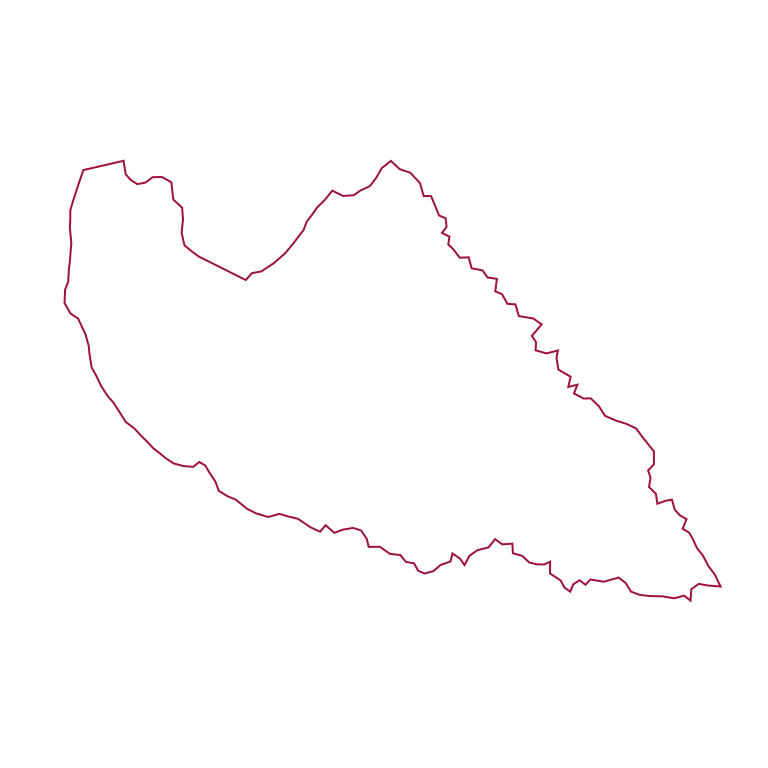 outline of Farol, Paraná, Brazil, rotated 172°
{"feature_id": "56859067B49307783824328", "entity_name": "Farol", "entity_type": "district", "adm_level": 2, "iso_a3": "BRA", "parent_name": "Brazil", "parent_adm1": "Paraná", "projection": "orthographic", "projection_center": [-52.642, -24.124], "detail": "fine", "context": "isolated", "style": "outline", "palette": "rose", "viewbox_px": 768, "rotation_deg": 172, "n_neighbors": 0, "source": "geoboundaries", "source_scale": "gbopen_adm2", "svg_char_len": 2583}
<svg xmlns="http://www.w3.org/2000/svg" viewBox="0 0 768 768"><g transform="rotate(172 384 384)"><path d="M110.6,126.7L108.3,138.0L100.1,142.3L91.8,139.5L78.9,136.6L82.9,149.2L88.1,158.5L92.1,169.8L96.9,177.9L99.6,187.0L102.5,194.3L108.4,199.1L103.2,208.1L109.4,212.9L113.5,218.9L115.0,229.4L121.7,229.1L130.0,227.4L130.0,237.4L135.9,245.1L133.1,254.1L134.5,261.6L127.9,266.9L126.1,279.8L135.2,295.0L140.4,304.8L149.3,310.7L159.6,315.6L169.5,321.7L174.3,332.1L181.3,341.0L188.3,341.8L197.2,348.2L192.6,356.4L201.9,355.4L198.2,365.2L209.3,374.0L209.5,386.1L207.1,393.0L218.9,391.7L229.2,396.3L227.6,404.3L230.9,411.0L219.6,421.1L226.9,428.0L241.0,432.5L242.8,444.6L250.6,446.2L254.6,456.5L260.9,460.3L257.6,472.4L266.8,475.2L270.6,482.8L281.1,486.4L282.5,497.7L291.4,498.5L296.6,507.7L300.9,513.4L298.7,520.8L305.6,525.5L300.2,530.8L299.9,539.6L306.0,543.2L308.6,553.4L311.2,563.5L318.5,564.6L320.4,577.9L328.5,589.5L338.7,594.7L346.1,604.0L356.3,598.0L362.8,589.5L370.3,582.0L380.9,578.7L387.7,575.1L398.3,575.9L408.3,582.6L416.7,574.8L425.9,567.9L431.1,562.2L437.9,555.6L442.1,547.8L454.6,535.5L463.7,527.2L476.3,519.0L489.8,512.6L499.4,512.1L506.4,506.2L549.7,536.0L557.4,543.6L562.3,549.2L563.4,561.8L560.1,575.1L559.4,586.8L567.0,596.0L566.5,613.3L575.0,619.9L584.3,621.0L592.3,616.6L600.5,616.3L606.3,621.2L610.6,627.6L610.8,641.3L651.9,637.7L658.9,624.0L666.2,609.0L670.4,599.9L671.8,590.4L673.3,582.9L674.0,567.1L676.1,557.9L677.7,550.3L680.2,541.0L682.5,529.2L686.6,522.0L689.1,508.7L684.7,497.5L677.8,491.4L672.6,474.4L671.1,462.3L671.5,454.8L671.2,441.0L667.8,432.2L664.2,420.9L659.1,410.0L654.6,403.4L648.4,389.9L645.1,382.5L637.5,374.8L631.9,366.8L626.0,359.1L621.2,352.2L616.0,347.0L610.6,341.0L603.3,334.6L594.4,330.8L584.5,328.5L577.7,332.5L572.3,328.1L569.3,320.8L564.6,310.9L562.4,301.1L554.7,294.7L546.9,290.1L537.1,279.6L528.6,273.6L517.1,268.4L505.8,270.0L496.6,265.9L488.0,262.5L476.7,252.3L467.8,246.6L461.5,252.3L453.9,243.5L445.0,245.5L434.7,245.8L427.1,242.2L422.7,233.2L421.8,224.8L410.8,223.4L401.7,214.9L391.7,212.4L387.0,204.7L379.2,202.3L376.2,194.3L370.1,190.7L361.2,191.8L353.0,197.0L342.8,199.0L339.8,206.7L332.9,200.3L329.5,193.5L323.2,202.0L314.7,206.4L303.1,207.7L295.6,214.9L289.3,208.8L279.1,208.0L279.9,198.4L271.0,194.6L265.1,187.1L258.2,184.3L250.7,183.0L244.2,184.9L246.0,173.3L236.4,164.8L233.5,157.1L228.4,152.4L224.6,159.2L217.6,162.5L212.4,157.1L206.9,161.7L193.8,157.6L178.6,159.7L172.3,153.2L168.3,144.0L160.2,139.6L150.6,137.1L138.1,135.0L126.4,131.4L116.3,132.7L110.6,126.7Z" fill="none" stroke="#9f1239" stroke-width="2"/></g></svg>